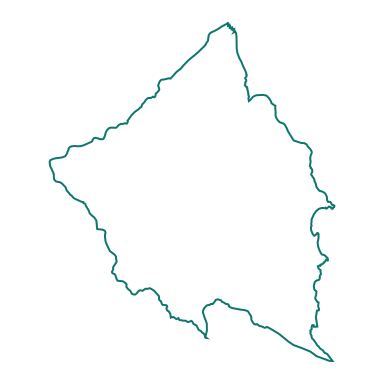 the district of Padang Lawas, Sumatera Utara, Indonesia
{"feature_id": "22746128B18337582481574", "entity_name": "Padang Lawas", "entity_type": "district", "adm_level": 2, "iso_a3": "IDN", "parent_name": "Indonesia", "parent_adm1": "Sumatera Utara", "projection": "natural_earth1", "projection_center": [99.825, 1.157], "detail": "fine", "context": "isolated", "style": "outline", "palette": "teal", "viewbox_px": 384, "rotation_deg": 0, "n_neighbors": 0, "source": "geoboundaries", "source_scale": "gbopen_adm2", "svg_char_len": 5968}
<svg xmlns="http://www.w3.org/2000/svg" viewBox="0 0 384 384"><path d="M206.7,338.0L205.6,337.1L205.4,336.6L206.9,330.8L206.8,323.6L203.7,315.0L202.9,312.2L203.0,310.9L204.1,308.3L206.6,305.6L208.6,304.9L209.7,304.9L210.9,304.0L212.7,304.0L214.7,301.7L215.8,299.9L218.1,299.3L221.0,300.4L221.4,300.6L221.9,301.8L223.5,302.4L225.9,303.9L228.1,304.3L229.0,305.5L228.9,306.4L230.5,307.4L232.4,308.1L240.4,309.6L244.0,310.0L246.7,310.7L248.0,311.4L250.9,315.9L251.4,317.7L251.2,318.7L251.4,319.8L252.5,321.9L253.8,323.8L255.9,324.6L257.1,324.1L259.2,325.9L261.5,326.4L264.7,327.8L265.8,327.6L266.6,326.9L267.1,327.0L269.7,328.3L278.9,333.8L289.1,342.1L293.7,345.1L302.2,348.2L310.5,351.7L316.6,356.2L329.2,360.8L332.5,361.0L327.3,354.1L324.4,352.6L322.9,350.4L319.9,348.3L318.4,346.2L317.3,345.5L315.9,343.0L313.5,339.7L312.2,338.5L311.5,336.7L311.5,335.5L310.6,334.3L310.4,332.7L310.8,332.0L310.3,330.7L311.7,329.1L311.6,327.6L312.1,325.4L312.6,325.1L313.7,325.2L314.0,326.8L317.3,326.6L315.9,317.1L317.0,310.6L318.7,310.4L319.1,309.6L318.1,305.9L318.6,302.6L317.4,301.6L317.2,301.7L315.4,298.9L315.2,297.7L316.1,294.9L316.5,291.8L316.2,291.2L314.8,290.1L314.3,289.3L313.8,286.7L314.3,283.6L315.1,281.6L316.9,280.4L318.7,280.0L319.2,279.5L319.7,278.8L319.8,276.0L320.2,275.1L321.0,274.2L320.5,271.9L320.6,270.1L318.7,268.7L318.2,267.6L317.9,266.3L318.8,266.1L319.5,265.4L320.2,265.8L320.9,264.6L321.6,264.6L321.9,264.1L323.2,263.3L323.3,263.4L323.9,262.9L324.2,262.0L325.2,261.6L325.6,260.3L326.1,259.7L327.2,260.4L327.7,260.5L328.0,260.1L327.4,257.7L326.1,256.9L325.4,255.8L323.6,254.8L322.3,254.7L321.6,254.2L319.8,251.1L318.2,246.8L317.6,242.6L318.5,238.2L318.6,234.4L318.2,233.3L317.7,233.0L317.2,233.1L316.5,234.2L314.5,235.8L314.1,235.7L313.7,235.0L312.8,234.3L311.1,230.1L311.0,227.7L311.0,226.9L311.6,226.1L311.2,224.1L311.6,221.6L311.5,220.2L311.8,218.9L313.8,214.5L316.1,211.2L318.7,209.0L320.5,208.3L322.7,207.9L325.3,208.2L325.6,207.8L326.4,208.6L326.7,208.6L327.1,208.3L327.2,207.8L328.7,207.1L329.0,206.6L329.6,206.7L331.1,207.5L331.2,208.1L331.8,208.7L332.6,208.8L333.1,207.8L334.1,207.3L334.4,205.8L334.0,205.4L333.4,205.7L332.9,204.9L332.1,204.8L330.3,201.9L328.1,201.9L327.8,201.6L327.0,199.8L326.9,197.4L326.7,196.5L326.2,195.1L325.0,193.3L322.7,191.7L319.4,190.8L316.4,186.9L315.8,183.8L314.3,180.5L314.3,179.3L311.2,174.6L311.4,173.4L312.2,172.2L312.3,170.5L311.7,168.8L310.7,168.0L310.9,167.5L309.9,166.1L310.6,161.9L310.2,158.2L310.8,154.9L311.3,154.2L311.7,153.0L311.7,151.7L310.6,149.5L307.5,146.1L306.9,144.8L306.1,144.1L304.2,143.1L301.4,143.0L293.7,140.5L288.0,131.3L286.8,128.4L286.5,128.4L286.8,128.3L284.7,124.5L283.6,123.6L279.7,122.2L277.9,120.4L276.9,118.9L276.2,117.6L275.5,115.1L275.6,111.8L275.2,107.5L275.4,105.7L274.7,105.5L271.6,103.3L270.9,101.3L270.0,99.7L268.8,98.0L266.4,95.6L263.3,94.9L257.0,95.2L255.3,95.6L252.9,96.9L250.3,100.0L248.9,101.1L248.5,99.0L248.5,97.6L248.9,97.0L249.0,96.3L248.3,94.9L248.3,93.4L247.7,90.4L247.3,89.6L247.4,88.1L246.9,87.8L246.8,86.8L245.9,86.6L244.8,84.9L245.4,83.8L245.3,82.2L246.1,81.3L246.3,80.4L246.0,79.6L245.2,78.5L245.2,77.9L246.4,76.5L246.8,75.1L246.2,74.5L246.3,73.3L245.1,70.2L243.3,66.6L241.2,61.4L239.2,57.9L237.3,52.6L236.7,48.6L236.5,36.3L236.0,33.0L235.2,31.6L233.9,32.3L234.4,31.5L233.8,31.5L233.7,31.2L234.5,30.7L234.3,30.4L233.7,30.7L233.5,30.3L234.1,29.7L234.2,29.2L232.8,29.8L231.7,29.5L231.8,29.2L232.7,29.3L233.0,29.0L231.7,28.6L232.1,28.5L231.9,27.8L232.3,27.6L232.2,27.3L231.0,27.7L230.0,27.5L230.2,26.0L229.9,25.6L229.7,25.6L229.3,26.3L228.0,26.2L228.0,25.5L229.3,25.5L229.6,25.0L229.0,24.2L228.4,24.0L227.8,23.0L226.7,23.9L221.6,26.6L218.1,29.0L214.2,31.1L211.8,32.1L209.9,33.4L208.7,35.3L208.0,40.7L206.0,43.6L205.5,45.0L197.8,52.5L188.2,60.5L183.5,65.4L180.7,68.7L176.6,71.9L170.5,78.6L168.9,78.3L163.9,79.5L162.2,79.6L161.2,79.9L160.3,80.7L159.3,82.3L158.1,85.9L158.8,87.2L159.3,89.4L159.1,90.0L158.3,91.3L155.8,93.6L155.3,96.4L154.5,97.2L154.0,97.3L152.9,96.7L151.1,97.9L147.9,98.1L145.8,99.9L144.4,102.2L142.4,104.2L141.8,105.3L141.4,107.0L140.1,107.7L138.4,109.4L134.9,111.8L131.8,114.9L127.6,120.7L127.8,121.1L127.7,122.1L126.7,123.7L125.5,123.4L124.2,123.4L122.5,124.1L121.4,123.8L120.7,124.0L118.7,125.0L116.4,127.6L115.2,127.8L111.0,127.6L109.0,128.2L107.0,130.2L105.8,132.4L104.8,136.2L103.6,138.7L103.0,139.1L100.9,139.2L99.3,139.0L98.3,138.5L95.6,137.8L94.1,138.1L92.8,139.4L92.4,140.7L91.7,141.7L83.6,145.3L80.7,146.1L77.6,146.3L74.8,146.0L71.6,146.3L70.5,146.7L69.8,147.1L68.7,148.5L68.3,150.2L67.4,152.0L67.2,153.2L65.3,156.2L61.9,157.5L55.5,158.3L52.8,159.0L50.4,160.1L49.6,161.9L50.2,166.0L53.8,173.9L53.9,178.5L54.6,180.1L56.1,181.5L60.1,182.3L62.0,183.5L65.5,187.2L66.8,190.7L69.2,193.3L69.9,194.4L71.5,195.5L73.8,198.2L81.5,201.8L83.4,202.1L83.5,203.1L84.8,203.6L85.4,204.3L86.1,206.2L88.6,210.3L89.7,213.3L92.3,215.9L94.3,217.5L96.1,220.1L96.5,221.4L97.1,228.9L97.9,229.2L102.4,229.6L103.9,230.2L105.1,231.2L105.5,233.1L104.9,235.2L105.0,237.2L105.6,241.5L107.0,245.1L109.9,251.1L114.7,254.7L116.0,256.7L116.2,259.5L116.6,261.0L116.5,262.1L113.5,266.6L113.0,267.7L113.3,269.2L111.9,272.0L112.4,273.1L114.8,274.3L115.3,275.0L116.3,278.2L117.3,280.4L117.9,280.8L122.4,281.2L124.1,282.0L126.0,283.5L126.6,284.4L126.3,286.4L126.4,286.9L128.1,289.1L130.3,290.8L131.9,293.8L133.1,294.3L134.8,294.6L135.8,294.2L137.2,292.8L138.6,290.9L139.8,290.3L142.7,290.7L145.3,288.8L147.5,288.8L150.0,288.2L151.4,289.0L154.4,291.0L159.0,296.2L159.1,299.8L161.1,301.5L161.6,303.4L162.2,304.5L162.8,304.9L166.5,305.3L166.9,305.8L167.2,306.7L166.6,307.8L166.5,308.9L167.2,310.4L169.1,311.7L169.4,312.7L170.2,313.4L170.8,317.6L171.9,317.0L172.9,317.3L173.6,317.0L176.3,319.1L177.2,318.9L178.3,318.1L178.6,318.3L179.4,319.9L179.9,320.2L181.5,320.2L182.5,320.6L185.6,320.7L188.0,322.1L191.5,320.9L192.5,322.0L193.6,324.1L196.4,325.4L198.8,330.0L201.1,331.1L201.6,332.1L204.3,334.0L205.1,337.2L205.8,337.9L206.7,338.0Z" fill="none" stroke="#0f766e" stroke-width="2"/></svg>